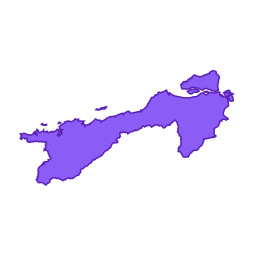 outline of Mawlamyine, Mon, Myanmar, rotated 84°
{"feature_id": "60261553B68016490563167", "entity_name": "Mawlamyine", "entity_type": "district", "adm_level": 2, "iso_a3": "MMR", "parent_name": "Myanmar", "parent_adm1": "Mon", "projection": "orthographic", "projection_center": [97.813, 15.742], "detail": "fine", "context": "isolated", "style": "filled", "palette": "violet", "viewbox_px": 256, "rotation_deg": 84, "n_neighbors": 0, "source": "geoboundaries", "source_scale": "gbopen_adm2", "svg_char_len": 5892}
<svg xmlns="http://www.w3.org/2000/svg" viewBox="0 0 256 256"><g transform="rotate(84 128 128)"><path d="M129.1,27.5L125.9,31.2L123.7,31.9L119.1,30.0L117.4,27.6L116.8,26.0L116.2,25.6L109.9,25.7L107.7,27.0L106.9,30.5L105.2,33.1L103.5,33.3L102.4,32.8L101.9,33.3L101.6,34.6L102.4,38.9L101.0,41.5L101.4,43.6L103.2,46.5L103.1,47.6L101.1,49.4L100.9,50.3L101.0,51.4L104.0,56.4L103.9,60.4L104.4,62.2L104.0,68.7L100.8,78.7L99.8,80.3L97.2,83.2L97.9,83.8L99.2,83.6L98.9,84.4L94.4,85.7L96.4,91.5L95.6,92.9L96.1,94.5L96.7,94.2L97.7,94.6L97.8,96.2L98.3,96.9L98.0,97.4L99.9,99.0L100.2,101.5L104.1,104.0L106.4,106.1L108.0,106.4L108.1,107.0L110.6,109.8L111.9,112.5L112.8,111.8L111.6,113.3L113.9,113.7L112.7,114.1L113.6,123.0L113.4,124.2L112.7,125.2L111.9,124.8L111.3,126.1L113.2,131.0L114.0,131.1L112.7,132.2L114.0,137.2L115.4,139.2L114.8,139.1L114.6,139.8L115.2,143.7L114.8,143.9L114.9,144.9L116.6,149.2L117.1,149.2L118.5,153.6L118.8,154.0L120.1,153.7L118.1,154.4L117.3,155.1L116.9,157.9L115.9,158.7L115.6,159.5L118.3,162.5L119.9,166.0L120.5,165.7L120.7,169.8L121.9,170.9L119.8,171.1L118.6,172.0L119.4,173.4L119.1,173.6L116.6,170.9L115.8,176.8L114.1,176.2L114.4,178.5L113.5,179.0L113.5,179.9L114.7,180.9L115.9,183.5L114.7,186.7L115.5,190.5L116.5,190.7L118.3,194.7L119.5,196.3L120.0,196.0L122.5,196.5L122.7,193.3L123.1,193.3L123.3,194.9L124.1,194.6L125.5,194.8L125.8,194.2L126.7,194.4L126.8,195.3L128.5,196.5L128.2,197.8L127.8,197.8L127.8,198.2L128.3,198.2L127.5,198.9L126.5,197.5L126.8,197.1L124.9,196.5L124.8,195.8L125.3,195.2L124.6,195.1L124.3,196.7L121.9,198.5L123.0,199.8L124.1,202.1L124.2,203.7L123.4,203.6L124.2,207.6L123.8,208.7L122.9,208.6L123.1,211.9L122.5,212.3L121.4,212.2L122.3,212.9L123.3,216.5L122.5,217.8L121.5,218.0L121.2,217.4L120.0,218.6L121.2,218.8L122.5,222.1L123.3,221.5L122.8,221.2L122.7,220.4L124.8,219.8L125.2,218.9L125.7,219.0L124.7,220.1L124.0,220.5L124.4,221.2L123.6,222.4L124.9,225.2L124.2,228.4L122.3,232.0L123.1,234.8L122.4,235.2L122.7,235.8L124.5,234.5L124.8,235.1L126.6,235.6L127.0,236.2L128.2,235.2L127.0,233.8L126.8,232.8L127.3,231.9L128.0,231.7L127.9,229.5L130.5,229.8L131.7,228.8L131.5,227.3L132.1,226.9L131.4,225.2L132.0,223.6L131.2,222.2L131.9,221.1L131.5,219.5L132.4,218.5L132.4,216.5L133.3,212.6L133.0,211.3L133.5,210.7L136.3,212.0L137.2,211.4L139.2,212.3L140.3,213.6L140.9,213.2L141.6,213.6L141.3,211.6L142.8,210.3L144.9,209.8L145.3,210.0L146.5,209.3L148.2,209.0L149.9,207.7L151.1,208.9L151.2,210.7L152.5,210.5L152.9,210.9L152.9,214.7L153.6,215.8L154.7,215.1L154.7,215.7L155.4,216.0L154.9,216.5L155.5,216.8L155.4,217.6L156.5,218.3L157.2,220.0L159.0,221.5L161.5,222.0L162.4,221.4L164.8,222.5L166.2,222.2L167.3,223.5L168.2,222.7L169.8,224.6L170.9,224.0L171.3,223.4L172.9,223.1L173.5,218.3L174.8,217.4L176.1,215.4L174.5,213.9L174.6,213.3L173.3,211.3L171.2,211.1L171.1,209.9L170.1,208.8L169.7,207.0L169.9,205.7L171.0,203.9L170.5,203.0L170.6,202.2L171.9,201.0L172.2,199.9L173.6,198.2L172.9,196.9L172.9,195.5L171.9,194.6L171.5,191.8L172.2,191.4L172.4,188.1L169.9,184.0L169.9,182.2L166.6,179.5L165.0,179.7L163.9,178.9L163.9,177.3L162.1,174.9L161.2,172.0L159.9,171.0L158.6,168.2L155.8,166.0L156.3,165.2L155.8,163.7L154.9,163.0L154.6,161.2L153.6,159.9L153.4,158.5L152.3,156.6L148.7,153.4L147.9,150.7L145.0,146.9L143.8,146.8L141.4,144.7L141.4,140.1L140.9,139.7L139.5,139.8L138.8,141.0L138.3,141.1L137.1,139.6L136.9,137.6L136.0,137.5L135.7,136.5L132.9,136.9L131.6,136.0L132.0,135.4L132.0,134.4L131.2,132.9L132.1,132.1L132.2,129.8L133.8,128.8L131.8,125.3L132.0,123.3L130.6,121.0L130.7,120.6L131.4,120.5L130.8,117.6L129.7,116.4L129.6,114.8L128.5,114.3L127.6,112.5L128.7,111.6L127.4,107.3L128.0,105.7L129.6,104.5L128.3,101.8L127.6,98.9L129.3,96.7L128.9,94.3L131.6,92.9L131.5,91.4L129.5,89.1L129.5,86.2L128.9,86.2L129.0,85.5L128.1,85.1L127.0,83.1L126.4,83.0L125.2,80.0L128.5,78.2L129.3,78.5L132.2,77.6L133.9,78.5L135.5,78.5L136.6,79.2L140.0,77.7L141.3,77.7L141.3,77.0L142.2,75.9L143.7,76.2L143.8,76.8L146.4,76.6L151.2,77.3L151.3,78.1L153.0,79.9L153.4,79.2L154.2,80.0L156.1,80.6L156.8,80.4L156.9,78.6L162.6,76.0L163.1,73.4L162.6,71.4L163.0,71.0L160.4,69.3L157.0,64.9L157.4,62.1L156.3,60.1L154.7,59.4L152.9,56.3L148.4,53.9L147.0,53.9L146.6,48.0L145.6,45.0L146.6,44.4L145.5,43.0L146.0,42.4L145.2,41.3L144.7,41.6L144.7,42.2L142.9,43.0L137.5,42.3L135.8,38.4L134.2,37.2L130.4,35.6L130.9,34.0L129.6,33.9L129.3,32.5L129.3,31.4L129.6,30.5L130.4,29.9L130.3,29.3L130.0,29.2L129.6,27.5L129.1,27.5ZM89.4,33.0L87.9,31.8L85.6,32.2L83.0,34.6L81.9,34.3L81.1,34.7L80.5,35.5L79.9,38.1L80.6,39.9L81.9,41.5L82.5,41.4L82.3,42.6L83.0,43.8L82.9,44.6L83.5,46.9L83.9,47.0L84.6,50.8L83.5,54.4L82.3,55.8L82.4,57.0L84.0,59.1L84.4,58.9L85.4,59.5L84.8,61.0L85.8,61.5L86.1,63.3L87.3,63.1L88.3,64.9L87.8,64.6L87.4,65.2L87.9,66.9L87.7,67.9L88.7,68.8L89.6,69.0L89.3,69.6L90.6,71.0L94.7,70.3L95.5,64.9L95.2,62.5L94.4,61.1L94.3,59.3L95.7,54.2L98.2,49.7L97.0,48.1L96.8,46.1L100.6,38.0L99.8,34.1L95.6,34.5L91.4,33.2L89.4,33.0ZM97.7,65.2L100.1,63.4L100.8,61.2L99.6,59.3L99.4,58.3L99.6,55.3L98.6,53.3L97.4,54.5L96.3,57.8L96.5,59.1L96.1,60.4L97.7,65.2ZM106.1,21.5L106.2,22.9L107.4,25.8L108.7,24.7L111.6,24.0L112.1,22.8L112.1,20.8L111.0,20.3L108.0,20.7L106.1,21.5ZM105.9,24.6L105.5,22.0L105.0,22.0L104.2,22.9L103.3,25.5L102.7,27.9L102.9,29.2L106.7,27.6L107.0,26.3L106.3,24.6L105.9,24.6ZM102.4,28.2L103.9,23.1L105.3,20.2L105.1,19.8L103.8,22.2L101.2,23.2L101.0,25.2L102.4,28.2ZM106.4,157.9L106.6,156.8L107.1,156.1L106.7,152.5L106.3,152.1L106.6,149.1L106.4,148.4L104.7,147.2L105.5,153.4L106.5,154.2L106.4,156.3L105.7,156.9L106.4,157.9ZM100.1,49.2L100.7,46.0L100.5,44.6L100.1,44.6L99.7,46.2L100.1,49.2ZM115.4,213.8L116.0,212.8L116.4,211.1L114.6,212.7L115.4,213.8ZM104.6,32.2L106.3,30.8L106.2,30.2L105.0,31.1L104.6,32.2ZM115.9,196.6L115.6,196.2L116.2,195.2L115.9,194.4L115.0,195.7L115.2,196.4L115.9,196.6ZM116.7,210.5L116.6,208.7L116.0,208.6L116.3,210.9L116.7,210.5Z" fill="#8b5cf6" stroke="#5b21b6" stroke-width="1.5"/></g></svg>